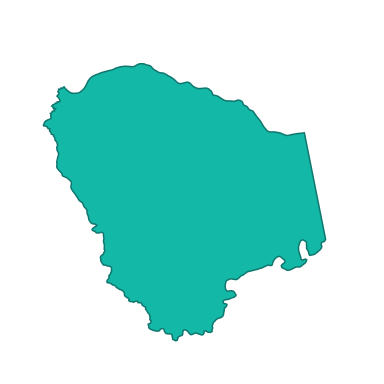 Santa Cruz do Xingu, Mato Grosso, Brazil (Natural Earth projection), rotated 74°
{"feature_id": "56859067B46700297890942", "entity_name": "Santa Cruz do Xingu", "entity_type": "district", "adm_level": 2, "iso_a3": "BRA", "parent_name": "Brazil", "parent_adm1": "Mato Grosso", "projection": "natural_earth1", "projection_center": [-52.501, -10.042], "detail": "fine", "context": "isolated", "style": "filled", "palette": "teal", "viewbox_px": 384, "rotation_deg": 74, "n_neighbors": 0, "source": "geoboundaries", "source_scale": "gbopen_adm2", "svg_char_len": 6013}
<svg xmlns="http://www.w3.org/2000/svg" viewBox="0 0 384 384"><g transform="rotate(74 192 192)"><path d="M166.1,67.7L164.7,76.0L164.2,81.6L164.2,83.7L163.9,85.0L163.2,86.4L159.6,90.9L158.8,92.4L157.1,95.9L155.7,100.7L154.8,102.0L153.7,103.0L148.6,105.2L143.0,106.6L140.2,107.7L137.1,109.1L131.3,111.0L130.2,112.1L129.2,113.6L128.1,114.5L125.5,115.3L124.5,116.1L122.7,118.2L121.8,118.6L119.8,118.6L118.6,119.1L117.4,120.3L116.4,122.1L116.3,123.5L116.5,125.8L116.2,127.2L115.1,129.8L114.2,133.1L113.2,134.9L112.3,136.2L107.9,140.0L107.0,140.8L106.0,142.3L104.6,144.9L103.1,145.3L101.8,145.3L100.3,145.8L98.3,147.0L97.0,148.1L96.2,149.3L95.7,150.9L94.9,155.2L94.5,157.0L93.4,158.9L92.1,160.5L90.5,162.0L87.0,163.8L85.9,164.8L85.2,165.9L85.0,167.1L84.8,172.2L84.6,173.4L84.1,174.3L83.1,175.7L78.8,178.2L76.4,180.1L75.3,181.1L73.7,182.9L72.0,184.3L69.9,186.6L68.7,189.5L67.9,190.9L67.2,191.7L65.8,192.8L64.9,193.9L64.2,194.5L62.7,195.6L60.0,196.8L59.0,197.7L58.1,199.0L57.3,200.7L55.6,202.8L54.6,205.6L54.3,207.3L54.7,210.2L55.4,212.7L55.2,214.9L54.6,216.4L54.1,217.4L52.5,222.1L52.3,224.2L51.9,226.1L51.9,229.2L52.0,231.5L52.6,234.8L52.4,239.1L52.3,244.4L52.4,247.1L53.0,253.4L53.5,256.0L54.1,257.5L55.0,259.1L56.6,261.2L60.0,264.2L62.2,266.5L63.4,268.2L65.2,272.1L65.5,273.6L65.3,275.2L64.8,277.5L64.2,279.6L63.5,280.8L62.6,281.9L60.5,283.5L58.8,284.6L57.0,285.5L55.6,286.0L56.5,288.1L55.9,289.3L56.8,290.0L56.4,291.9L57.9,292.4L58.6,293.3L60.6,292.6L61.5,293.7L62.6,295.4L63.8,294.7L65.4,294.0L67.7,293.6L68.7,294.2L68.4,295.5L68.3,296.9L69.3,297.4L68.9,298.6L69.9,300.5L69.9,301.9L70.8,303.1L71.3,302.2L72.8,302.3L74.1,300.5L74.2,301.9L75.0,301.4L76.1,301.8L75.9,302.9L76.0,304.2L77.3,305.1L77.4,306.5L78.6,306.1L80.0,306.8L82.5,307.2L82.9,309.1L82.8,310.6L83.2,311.6L83.4,312.9L84.4,314.6L85.7,315.3L86.4,316.3L87.6,316.3L87.9,314.9L88.8,314.2L89.4,313.2L90.5,313.1L91.7,312.7L92.1,311.2L94.2,312.1L95.0,311.5L96.2,311.1L97.6,311.3L99.1,309.3L100.2,309.7L101.4,309.1L102.8,309.0L104.3,309.4L106.1,308.5L107.3,308.0L108.3,308.4L109.4,308.2L110.3,308.4L111.2,309.3L112.3,309.9L113.3,309.9L114.3,310.2L116.5,309.9L117.4,309.6L119.0,309.8L121.4,311.4L125.8,313.7L128.3,314.2L130.0,314.9L131.2,315.1L132.0,315.0L134.8,313.8L137.7,312.2L139.2,312.0L140.5,312.1L141.4,311.4L143.6,308.6L147.3,306.0L148.3,305.5L149.5,305.3L150.4,305.5L151.7,306.1L154.0,307.1L156.1,307.0L158.7,306.2L161.4,305.0L164.8,304.0L166.4,303.4L168.2,303.1L169.3,302.6L172.3,300.3L173.6,300.0L174.9,300.0L176.4,299.8L179.1,298.4L180.4,298.1L182.6,298.4L183.6,298.7L184.8,298.7L186.2,298.4L189.7,298.7L191.2,298.6L192.6,298.1L194.0,297.5L195.1,296.5L196.0,294.3L196.7,293.4L198.0,292.6L199.5,297.2L200.4,298.4L201.5,298.3L203.2,296.1L204.5,295.5L205.2,294.8L205.8,292.3L205.7,290.7L206.1,289.4L206.9,288.8L208.3,288.7L209.5,289.1L211.3,289.4L212.8,289.5L213.6,290.1L214.7,290.6L216.0,290.8L218.1,290.8L220.0,291.2L222.8,292.2L223.9,291.9L224.7,292.0L225.7,293.3L227.4,294.5L228.3,297.0L229.4,298.1L231.2,298.1L232.6,298.6L233.5,298.6L235.4,298.1L236.8,297.7L237.9,297.1L238.2,295.8L239.6,294.0L240.6,291.8L241.4,290.8L242.7,290.3L244.1,290.6L245.5,291.2L246.3,291.3L247.1,292.3L248.2,292.8L249.0,294.4L249.9,295.1L251.7,295.3L253.6,297.9L254.9,298.6L256.0,298.3L256.3,297.0L257.1,295.9L258.2,294.7L259.4,294.1L259.9,292.9L261.5,291.2L262.7,291.1L263.5,290.5L264.3,289.4L265.5,288.8L266.2,287.5L267.1,286.5L268.1,285.7L269.3,285.1L270.6,284.9L271.9,285.2L273.1,285.3L274.1,284.8L276.3,282.8L277.7,282.0L278.8,282.7L280.0,282.1L281.0,279.6L281.9,278.6L281.6,277.2L281.5,275.6L282.0,274.6L283.3,274.5L284.0,273.2L284.3,271.7L285.3,271.1L286.7,271.2L288.8,269.6L289.9,268.2L291.6,268.9L292.5,268.7L293.5,268.2L296.0,267.7L298.1,266.5L299.5,267.0L301.0,266.8L302.2,267.4L303.3,267.7L304.2,266.8L305.6,267.3L306.8,268.2L306.9,270.5L308.2,270.7L309.3,270.6L310.6,270.9L311.5,270.5L312.6,269.6L314.3,267.4L315.6,265.2L316.1,263.9L316.4,262.5L316.3,261.4L315.2,260.3L315.0,258.9L315.3,257.6L316.1,256.9L318.3,256.8L319.4,256.6L320.8,256.0L321.3,255.2L321.8,253.9L322.3,252.1L323.0,251.1L323.9,250.7L328.4,251.1L330.5,248.7L330.5,247.1L328.1,245.6L327.3,244.3L327.0,241.1L326.3,240.2L324.3,239.5L323.2,238.9L322.5,238.3L322.5,236.7L323.9,235.1L324.9,234.5L327.9,233.3L328.9,232.3L329.0,230.5L328.5,229.0L328.5,227.9L328.9,226.7L332.1,222.1L332.1,220.6L331.2,219.5L329.2,218.7L329.2,217.1L330.6,216.0L331.4,214.9L332.0,213.2L331.9,212.0L331.4,210.9L330.0,211.0L328.6,209.6L326.4,209.5L325.2,208.6L323.3,207.5L322.4,205.5L321.3,204.0L320.7,202.0L320.7,199.0L320.4,197.7L319.9,196.7L318.7,195.6L316.2,194.5L314.5,193.5L313.3,193.3L312.6,192.5L311.3,190.3L309.8,189.4L308.9,190.2L308.0,191.9L307.0,192.5L305.6,192.2L304.8,190.8L304.8,189.2L305.1,187.6L305.2,185.3L304.8,183.9L304.7,180.6L304.0,178.8L303.4,178.2L302.5,178.1L301.0,178.7L299.6,179.0L298.5,179.9L297.8,181.3L297.5,182.3L297.4,184.5L296.9,185.5L295.9,186.2L294.0,186.5L290.9,185.9L287.5,184.1L286.7,183.2L286.0,179.0L288.2,174.2L288.4,172.9L287.9,171.4L286.4,168.5L286.0,167.5L285.9,165.7L284.2,161.6L284.0,160.4L284.2,154.2L284.4,151.0L284.2,147.5L284.3,145.9L283.4,140.9L283.3,139.6L283.3,138.6L284.3,137.2L284.5,135.5L283.6,134.6L282.7,134.2L281.5,133.3L279.6,131.4L278.3,129.2L277.8,127.4L277.9,126.0L278.4,125.0L280.8,123.3L283.7,121.6L284.9,122.0L285.7,123.2L286.4,125.1L287.4,126.5L289.4,126.5L292.2,123.3L293.2,122.5L293.8,121.1L293.9,118.9L292.7,112.5L293.6,109.9L293.8,108.9L293.3,107.1L292.8,106.3L291.8,103.5L291.3,102.5L290.6,101.7L288.8,100.4L287.8,101.4L287.7,103.2L288.0,104.8L286.9,105.7L285.4,105.6L284.1,105.4L283.0,105.6L281.8,105.5L280.8,105.6L278.8,105.7L277.4,105.6L274.0,104.7L273.1,104.2L270.0,102.1L269.3,101.4L268.6,100.2L268.5,98.5L270.9,96.4L271.7,95.9L272.6,95.9L274.6,96.6L275.8,96.7L277.1,97.3L278.2,97.4L280.2,96.7L281.8,96.5L284.2,96.7L285.4,96.3L285.7,92.4L285.4,90.6L284.3,87.9L283.1,85.4L282.5,84.3L281.7,83.4L281.0,82.7L280.0,82.2L278.6,82.3L276.8,81.8L276.1,81.0L276.0,78.2L274.2,76.6L166.1,67.7Z" fill="#14b8a6" stroke="#0f766e" stroke-width="1.5"/></g></svg>